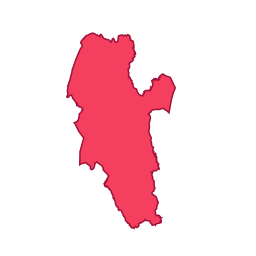 outline of Tarkwa Nsuaem, Western, Ghana, rotated 344°
{"feature_id": "2480657B19905724513669", "entity_name": "Tarkwa Nsuaem", "entity_type": "district", "adm_level": 2, "iso_a3": "GHA", "parent_name": "Ghana", "parent_adm1": "Western", "projection": "natural_earth1", "projection_center": [-2.01, 5.137], "detail": "fine", "context": "isolated", "style": "filled", "palette": "rose", "viewbox_px": 256, "rotation_deg": 344, "n_neighbors": 0, "source": "geoboundaries", "source_scale": "gbopen_adm2", "svg_char_len": 5812}
<svg xmlns="http://www.w3.org/2000/svg" viewBox="0 0 256 256"><g transform="rotate(344 128 128)"><path d="M182.6,91.0L178.0,87.8L177.3,86.4L175.8,85.6L175.2,85.8L174.9,86.2L173.2,86.7L172.8,87.4L172.9,87.7L172.2,87.5L171.9,88.0L171.4,88.1L171.0,88.7L171.3,89.8L170.9,89.7L170.4,90.4L169.7,90.3L170.1,89.6L169.0,89.4L169.0,88.6L168.4,88.6L167.8,89.0L168.2,88.2L167.7,87.9L166.9,88.0L166.7,88.4L166.3,88.1L166.1,88.7L165.7,88.9L165.3,88.5L164.0,89.0L163.9,89.5L164.1,89.7L163.8,90.2L164.1,90.6L163.9,91.4L164.1,92.6L163.5,93.6L163.5,94.1L162.9,94.4L162.6,95.0L161.7,95.3L161.5,95.1L161.6,96.1L161.1,96.5L160.7,96.2L160.7,96.7L160.3,96.8L160.2,97.5L159.8,97.6L159.8,97.9L159.4,97.6L159.2,98.1L158.9,98.1L158.1,97.8L157.9,97.4L156.9,97.4L155.0,96.7L154.8,97.1L153.2,97.5L153.2,97.9L153.6,97.9L153.8,98.5L152.6,99.5L152.0,99.3L151.1,101.2L149.3,100.3L147.7,98.7L146.8,95.3L147.0,93.8L146.7,92.7L145.1,91.5L144.5,90.0L144.6,87.6L145.0,86.9L144.3,86.3L144.6,86.0L144.3,85.3L144.5,84.2L144.8,83.9L144.3,83.4L144.5,82.9L143.9,82.3L143.8,81.3L144.1,80.6L143.4,79.4L142.6,79.5L142.6,78.5L143.4,77.7L143.2,76.7L144.1,75.3L143.8,74.3L144.3,72.6L144.2,71.6L144.5,71.2L145.4,71.2L146.3,70.0L146.9,67.8L146.8,66.7L147.1,66.2L147.4,65.9L147.7,66.1L148.5,65.4L150.2,65.3L151.4,64.4L151.8,63.8L151.5,63.0L151.6,62.7L152.1,62.6L152.1,62.0L152.5,61.8L153.0,62.0L154.3,61.3L154.2,59.2L154.6,58.9L155.1,59.4L155.6,59.2L155.3,57.7L155.8,57.6L155.8,57.2L155.7,56.7L155.1,56.4L155.3,53.5L154.7,53.0L154.6,52.5L155.8,52.3L155.6,51.4L156.1,51.3L156.3,49.9L156.6,49.6L156.6,48.4L156.4,48.0L156.9,46.7L156.4,45.9L156.5,45.6L155.7,45.3L155.6,44.6L154.8,44.6L154.6,44.2L154.5,43.0L155.1,42.5L154.6,41.8L155.2,40.7L154.9,39.7L153.6,38.2L153.2,38.2L151.8,39.1L150.8,37.9L149.3,38.1L148.3,37.5L148.3,37.0L145.1,36.7L144.1,37.1L142.0,42.0L140.7,42.2L139.3,41.7L139.2,39.5L138.5,37.8L137.8,38.0L135.3,40.7L133.9,38.0L131.8,36.9L129.4,35.2L128.0,30.8L127.5,30.5L126.3,31.1L126.2,32.3L125.2,32.0L124.5,31.2L124.2,30.1L123.3,29.8L122.1,28.4L120.4,27.1L118.4,27.0L112.9,27.9L111.7,28.6L110.9,29.7L110.2,29.5L109.9,30.0L109.0,30.1L108.5,30.7L106.5,32.1L106.0,33.5L106.5,34.2L106.8,36.4L103.6,39.3L96.2,48.5L91.3,55.6L90.8,56.0L89.1,59.5L85.1,66.3L83.2,68.8L83.2,69.4L82.9,70.0L82.2,70.2L82.0,70.8L81.4,71.3L81.5,72.4L79.9,75.6L79.5,79.4L79.0,80.1L78.0,80.5L78.0,81.9L80.0,81.7L80.6,81.0L81.9,80.4L82.4,80.4L82.8,80.9L83.1,84.5L83.7,85.4L84.3,87.4L84.9,88.3L84.9,89.6L85.1,90.4L85.8,90.4L85.1,91.3L84.9,92.2L85.3,92.5L86.5,92.6L86.4,93.3L87.0,94.4L88.1,94.5L88.7,95.0L88.9,96.6L89.8,97.2L89.2,98.7L88.2,98.6L87.1,100.3L85.0,101.0L84.8,102.0L82.4,106.7L81.8,106.9L81.2,107.7L80.6,107.6L79.4,108.2L78.9,108.0L77.8,108.1L78.3,109.3L79.8,117.9L82.7,125.4L75.4,137.4L71.5,150.0L72.9,149.5L77.8,149.6L79.8,152.7L80.5,153.1L80.8,153.5L81.2,156.1L80.6,156.8L81.4,158.0L81.7,158.2L83.9,157.3L85.4,155.3L86.4,153.1L88.7,152.0L89.0,152.8L92.3,156.8L93.0,158.9L92.7,161.8L95.4,166.7L96.1,168.7L95.6,169.7L95.2,169.7L94.1,170.9L94.0,171.9L93.3,171.7L93.2,172.4L93.0,172.2L92.8,172.7L92.1,172.8L92.1,173.5L91.1,173.4L90.7,173.9L90.9,174.4L90.6,174.6L90.4,175.4L89.7,175.1L89.7,176.9L90.0,177.2L89.8,177.6L90.5,178.3L90.8,178.1L90.8,178.3L91.1,178.3L91.1,178.7L92.1,178.4L92.3,179.3L92.7,179.7L92.6,180.2L93.1,180.3L93.3,180.9L93.0,181.7L93.6,182.1L93.8,183.0L94.6,184.1L94.2,186.3L94.7,186.9L94.6,187.8L95.0,188.8L94.4,191.1L94.8,191.5L95.4,191.4L95.5,191.9L94.9,192.9L95.4,194.6L95.1,198.3L95.5,200.4L96.0,200.6L96.5,201.7L96.5,203.0L96.1,203.7L96.7,204.8L97.6,204.6L98.3,204.9L98.7,205.5L99.0,208.1L99.5,209.0L99.3,210.5L99.5,211.7L100.1,212.3L100.1,212.9L100.5,214.0L100.1,215.7L100.3,216.7L100.8,217.8L101.2,218.2L101.5,219.4L102.9,220.3L102.6,221.8L103.2,221.7L103.4,223.9L104.0,224.6L104.4,224.6L104.4,225.2L106.0,225.5L106.1,225.9L106.5,226.1L107.4,224.8L108.1,224.7L109.0,226.1L110.2,225.9L111.8,224.6L111.5,223.5L112.1,222.6L112.9,222.4L113.8,222.9L118.3,221.7L119.0,220.8L120.6,222.3L123.6,223.5L123.3,225.2L124.2,226.4L124.4,228.1L125.4,228.3L126.0,227.9L127.3,228.6L127.5,229.0L128.1,228.1L128.6,228.2L129.0,227.9L132.5,228.1L132.8,227.5L133.6,228.0L134.2,227.4L134.1,226.6L134.3,226.2L133.8,226.0L134.3,225.3L134.5,224.1L135.0,223.8L134.6,223.8L134.6,223.5L134.4,223.8L134.2,223.6L134.2,222.6L133.6,222.2L134.0,221.6L133.9,220.9L132.9,220.0L131.8,220.3L130.9,219.9L131.0,218.9L130.7,218.0L131.2,216.8L131.1,215.4L131.3,214.5L132.7,213.9L133.4,213.3L134.2,210.9L135.4,209.6L135.6,208.7L136.5,208.1L136.0,201.8L133.0,198.0L132.9,197.5L133.8,196.2L135.5,195.7L136.1,194.2L137.0,193.8L137.3,193.0L137.2,191.4L137.8,188.8L137.7,188.0L138.4,187.2L138.3,186.8L138.4,185.9L137.8,184.6L137.5,183.2L138.2,182.2L138.0,179.8L138.6,178.0L138.5,177.5L139.1,178.1L140.0,176.5L140.9,176.0L141.3,176.0L142.2,176.7L143.5,176.8L145.5,175.6L146.1,175.6L146.5,176.2L146.8,175.9L146.7,175.5L146.5,175.4L146.8,173.6L146.4,173.4L146.7,172.4L146.5,171.8L146.9,171.3L147.4,171.3L147.2,170.8L147.4,170.4L146.9,169.7L146.7,168.7L146.1,168.5L146.3,168.3L146.3,167.7L146.7,167.5L146.4,166.4L147.0,165.9L147.5,163.7L147.3,163.7L147.5,163.4L147.4,163.1L146.5,163.3L145.9,161.8L146.4,161.3L147.1,161.5L147.6,161.2L147.4,160.7L146.9,160.6L147.1,159.9L146.1,160.0L145.7,159.4L146.0,158.8L145.6,158.5L146.4,157.6L145.4,156.4L146.4,154.9L146.7,153.7L147.1,153.4L146.4,152.7L145.9,151.7L146.1,151.5L146.1,150.3L146.4,149.4L146.2,148.6L146.7,148.2L146.5,147.1L146.1,146.5L146.3,145.7L147.3,145.1L147.6,143.3L147.0,140.1L147.1,136.7L147.6,136.1L148.4,133.8L149.1,132.6L149.2,130.2L152.1,125.0L152.5,123.7L152.5,122.2L152.1,121.1L151.3,120.2L152.5,119.8L153.2,119.2L154.5,118.9L155.2,117.8L156.9,117.4L158.6,117.8L159.8,117.7L162.4,118.7L167.5,118.8L168.1,120.1L169.8,121.7L171.6,124.7L177.5,112.7L181.0,107.0L184.5,102.4L182.6,91.0Z" fill="#f43f5e" stroke="#9f1239" stroke-width="1.5"/></g></svg>